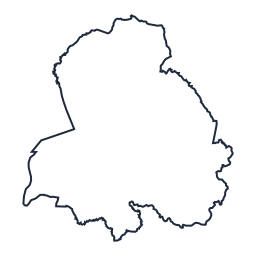 Dinh Quan, Đồng Nai, Vietnam (Albers equal-area conic projection)
{"feature_id": "81297802B49967994067833", "entity_name": "Dinh Quan", "entity_type": "district", "adm_level": 2, "iso_a3": "VNM", "parent_name": "Vietnam", "parent_adm1": "Đồng Nai", "projection": "albers", "projection_center": [107.306, 11.211], "detail": "fine", "context": "isolated", "style": "outline", "palette": "slate", "viewbox_px": 256, "rotation_deg": 0, "n_neighbors": 0, "source": "geoboundaries", "source_scale": "gbopen_adm2", "svg_char_len": 5788}
<svg xmlns="http://www.w3.org/2000/svg" viewBox="0 0 256 256"><path d="M231.7,148.3L230.7,147.1L228.8,146.0L226.3,147.6L226.1,145.9L225.7,145.2L224.9,145.2L224.5,144.0L224.0,143.9L224.1,143.4L222.6,143.2L222.8,142.4L221.7,142.2L221.9,141.2L220.8,139.7L219.1,140.0L218.7,141.7L218.2,142.5L216.4,142.5L214.9,143.2L214.1,142.9L213.0,143.1L216.4,126.1L216.7,123.2L216.4,120.9L215.0,120.8L213.4,121.1L213.4,120.1L211.7,116.7L211.2,116.7L210.3,114.6L210.0,113.0L209.3,112.1L207.3,111.3L207.1,110.6L207.3,109.9L206.5,108.8L205.5,108.3L203.2,105.2L203.1,104.5L200.9,102.1L201.5,101.7L201.5,101.1L200.8,100.1L200.6,98.7L199.7,97.4L199.5,96.5L197.8,95.0L197.4,93.9L196.3,93.3L195.5,91.9L195.7,91.1L194.3,88.9L192.5,88.1L191.4,87.2L191.8,86.0L189.5,86.1L188.8,85.6L188.9,84.0L189.7,82.9L187.7,82.5L186.1,79.9L185.5,80.5L184.3,80.3L182.2,77.8L181.4,76.3L179.9,75.9L178.4,74.5L178.9,73.0L177.1,73.1L174.6,71.0L173.3,71.9L172.2,72.1L171.2,71.3L171.1,70.4L171.5,69.8L170.3,69.3L170.2,68.8L169.3,69.0L168.9,70.0L168.3,70.3L166.4,73.5L165.7,73.3L165.1,72.1L162.8,70.8L162.3,71.8L160.4,71.5L160.8,69.3L160.7,66.3L161.1,65.4L162.7,63.7L164.1,61.0L166.0,58.9L170.9,56.4L170.1,54.2L170.3,51.1L169.5,48.7L168.6,47.4L166.7,46.0L165.8,40.5L164.7,38.4L164.0,34.4L164.5,32.0L163.8,29.0L164.1,28.7L162.9,27.7L162.1,25.7L161.2,25.3L157.4,25.7L148.6,24.1L147.0,23.4L146.3,21.9L145.7,21.5L143.3,21.5L141.2,20.6L140.4,21.3L139.1,20.8L134.6,16.6L132.9,16.3L131.7,15.4L130.8,16.1L131.4,17.4L131.2,18.6L129.0,19.3L126.7,19.8L123.8,19.9L122.6,19.5L121.6,19.6L120.7,18.6L119.3,19.0L117.2,18.7L115.4,19.9L114.0,22.3L113.5,23.8L113.6,25.2L112.5,26.8L111.9,29.8L111.1,30.6L110.8,31.3L108.6,33.2L107.7,33.3L97.2,29.6L95.8,29.9L94.8,30.7L91.8,30.3L91.2,30.7L90.6,32.1L90.0,32.1L89.5,32.8L88.0,33.6L86.9,33.2L86.3,33.4L86.3,34.6L82.7,34.9L82.2,36.2L79.7,37.4L77.0,41.6L72.6,45.3L70.6,45.9L69.5,46.6L67.6,49.5L67.7,51.9L66.1,53.3L65.3,53.3L65.5,54.0L65.3,54.9L64.9,54.9L64.7,54.2L64.1,54.0L63.9,54.3L64.0,55.1L62.6,55.2L61.4,56.7L60.3,57.0L60.3,57.4L61.1,57.4L61.2,57.7L60.2,59.7L60.2,60.2L60.9,60.7L61.0,61.6L60.2,63.2L59.7,63.6L58.0,63.3L57.1,63.5L56.0,65.3L55.5,64.4L54.7,64.9L54.6,65.6L55.1,66.8L54.1,68.8L55.2,70.0L54.6,71.1L53.2,71.4L53.2,71.8L53.7,71.9L53.5,73.1L54.4,73.0L54.2,74.0L55.8,74.4L55.9,74.6L55.2,75.0L55.2,75.7L55.9,75.8L56.1,76.4L56.8,76.9L57.0,78.0L57.6,77.9L57.1,80.1L56.7,80.4L57.5,81.4L56.5,81.2L56.4,81.8L57.0,82.3L57.2,83.5L57.8,83.4L58.1,82.5L59.1,83.2L59.4,86.4L60.5,88.3L61.8,95.5L63.3,100.9L66.5,110.2L74.2,129.1L41.2,140.4L31.8,151.8L36.0,152.0L33.5,155.1L31.3,156.6L30.2,157.8L28.6,162.7L28.7,167.5L31.0,176.8L31.1,180.4L29.9,184.6L28.8,186.1L26.3,188.5L25.6,189.8L24.0,196.1L23.4,203.4L24.0,204.6L25.0,205.4L26.8,205.7L28.9,203.6L31.1,200.2L35.8,198.4L40.1,194.9L43.9,194.8L44.1,195.1L46.2,195.3L50.2,196.9L53.1,196.8L58.3,197.6L57.7,200.6L56.3,203.5L56.1,206.3L65.9,206.6L66.3,205.8L68.4,206.5L72.2,209.1L72.2,210.2L74.2,214.5L75.3,215.4L75.5,216.9L75.9,217.2L75.7,218.0L76.2,218.2L75.6,218.8L76.8,219.1L77.7,220.7L77.6,223.1L78.5,223.5L79.1,223.3L79.5,223.9L80.7,222.7L80.9,223.9L82.1,224.6L84.1,223.9L84.5,224.4L85.0,223.8L84.7,223.0L84.9,222.2L85.2,222.5L86.2,222.1L86.9,221.2L87.3,221.7L88.0,221.7L89.6,220.1L90.1,220.6L91.9,220.7L93.2,220.1L93.3,220.8L94.1,220.7L94.3,220.3L95.0,220.4L95.2,219.8L95.8,219.9L96.1,219.6L96.9,220.0L96.9,219.5L97.5,220.0L98.2,219.8L99.6,218.3L100.6,218.6L101.6,217.7L102.3,218.1L102.4,218.6L102.8,218.8L102.8,219.4L103.3,219.0L103.4,219.6L104.3,219.8L104.4,220.6L105.7,221.4L105.4,223.6L106.4,225.4L106.4,226.4L107.5,227.0L108.0,227.9L109.6,228.5L110.2,228.6L110.5,228.3L111.0,228.7L111.7,228.5L112.0,228.7L112.2,229.6L111.9,231.1L111.4,231.7L112.0,232.4L111.8,233.5L112.5,235.5L113.5,235.8L114.4,237.4L114.0,239.3L114.2,240.6L117.6,240.5L119.5,239.5L119.5,239.1L120.5,239.2L120.8,238.6L120.6,238.0L121.1,236.8L122.7,235.0L124.6,234.4L126.3,231.8L126.6,230.4L127.1,230.8L127.1,230.5L130.1,231.4L135.2,231.8L136.9,230.7L137.3,228.9L138.3,228.4L139.0,228.6L139.1,227.6L140.2,227.1L140.6,225.9L141.3,225.6L141.2,225.0L141.9,224.7L141.1,223.5L141.3,223.2L141.0,222.2L141.4,221.9L141.0,221.4L141.6,220.9L141.3,220.0L139.9,218.5L139.7,217.5L138.9,217.1L139.4,216.4L138.8,215.1L139.3,215.2L139.8,214.8L140.1,213.9L139.4,210.9L138.9,210.7L138.9,211.3L137.9,210.6L137.6,211.5L134.7,210.7L133.8,209.4L133.1,209.2L133.1,208.4L132.2,208.0L131.9,206.6L129.9,205.3L129.6,204.8L129.6,202.6L131.8,201.5L132.6,201.7L134.2,205.1L137.5,204.5L138.4,206.2L140.0,205.8L143.0,206.8L146.5,205.0L148.4,206.2L149.6,205.5L152.0,205.3L153.5,206.6L153.7,207.5L153.5,208.9L155.7,209.7L157.1,211.3L157.3,212.5L160.0,214.8L159.5,216.5L159.8,217.3L160.4,217.5L161.7,216.6L162.4,216.8L163.3,219.5L164.4,220.9L165.5,221.2L166.4,221.0L167.1,220.4L167.8,218.7L169.2,218.1L170.3,219.3L170.8,221.3L172.5,222.3L173.7,223.8L176.3,224.9L179.1,225.2L180.6,227.1L181.6,227.8L182.9,227.5L182.7,225.4L183.2,224.8L186.4,225.7L191.4,225.7L195.1,223.0L195.9,222.8L198.8,223.2L201.3,224.5L205.3,224.8L205.8,224.3L205.8,223.3L206.7,221.3L208.2,220.4L210.0,218.6L211.3,215.5L211.1,213.3L209.3,210.4L209.5,208.8L210.5,208.0L212.5,207.9L213.4,206.5L214.8,205.3L214.9,204.5L213.8,202.9L214.6,202.1L216.9,202.0L218.5,201.0L219.3,202.4L219.8,204.3L220.4,204.7L221.3,204.4L221.6,203.2L221.6,201.1L223.3,199.8L223.6,198.0L225.1,195.4L225.2,192.3L226.5,189.4L227.8,188.6L227.6,186.7L226.0,185.5L226.0,183.9L225.7,183.3L223.9,181.9L222.2,179.6L219.0,179.4L217.3,177.2L216.9,176.5L216.9,174.4L216.3,172.4L216.5,172.1L218.2,171.1L219.9,171.4L221.0,170.9L221.5,167.9L222.6,167.4L222.4,165.6L222.6,165.0L223.4,165.1L224.6,166.2L225.2,166.3L229.2,164.6L230.1,163.7L230.2,162.3L229.0,161.1L228.3,158.7L228.4,158.3L230.1,157.5L232.6,153.9L232.6,152.9L231.4,150.6L231.7,148.3Z" fill="none" stroke="#1e293b" stroke-width="2"/></svg>